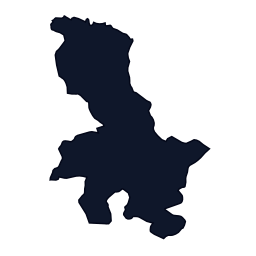 outline of Caldas, rotated 273°
{"feature_id": "COL-1397", "entity_name": "Caldas", "entity_type": "Department", "adm_level": 1, "iso_a3": "COL", "parent_name": "Colombia", "parent_adm1": "", "projection": "albers", "projection_center": [-75.309, 5.29], "detail": "fine", "context": "isolated", "style": "filled", "palette": "ink", "viewbox_px": 256, "rotation_deg": 273, "n_neighbors": 0, "source": "natural_earth", "source_scale": "10m", "svg_char_len": 3554}
<svg xmlns="http://www.w3.org/2000/svg" viewBox="0 0 256 256"><g transform="rotate(273 128 128)"><path d="M231.3,46.8L232.0,48.1L233.3,49.1L234.1,50.1L234.1,55.8L234.3,56.5L234.7,57.2L235.2,57.9L236.5,58.5L236.2,59.3L235.5,60.3L234.5,62.4L233.5,64.1L233.1,65.6L234.6,66.3L235.6,68.3L234.6,72.8L231.7,80.0L234.3,80.8L235.0,82.0L233.9,83.0L231.2,83.5L228.8,84.3L228.4,85.9L229.5,87.5L231.7,88.2L230.7,90.8L230.4,93.9L230.8,97.0L231.7,99.6L229.3,100.0L228.8,101.1L229.6,104.9L229.0,105.8L227.8,106.6L226.6,107.7L225.3,112.1L222.2,117.8L221.5,121.1L220.9,122.0L218.3,124.5L217.4,125.0L216.7,125.8L217.0,127.8L215.2,128.3L208.8,125.5L202.8,123.8L201.3,123.9L197.8,124.6L194.6,126.0L188.2,124.6L184.8,124.7L178.6,126.8L175.1,127.2L172.7,127.3L169.8,128.5L168.5,129.6L164.3,131.5L163.5,134.4L156.4,144.8L155.5,146.8L155.2,147.7L154.8,148.6L153.9,149.2L152.4,149.7L149.9,149.2L146.3,147.5L141.4,149.7L139.9,151.3L137.5,152.8L134.4,153.8L132.1,153.8L130.0,153.2L128.0,153.4L125.5,154.6L121.9,157.9L118.1,162.3L116.5,166.6L119.4,168.2L121.7,172.1L116.4,182.4L115.8,184.8L115.6,187.0L118.2,192.1L119.7,194.6L119.4,197.1L118.3,199.8L115.3,203.9L111.5,210.4L107.3,206.2L102.3,202.2L99.4,199.3L97.1,196.5L93.9,191.5L92.3,190.3L90.6,189.9L87.0,189.6L82.6,188.4L80.7,188.2L76.9,188.5L72.5,187.9L71.8,186.9L71.8,186.0L71.5,185.0L69.9,182.3L68.6,181.5L67.9,181.2L67.5,181.4L67.5,181.7L67.4,182.0L64.0,185.1L63.1,185.7L61.8,186.0L59.5,186.2L57.8,185.9L56.6,185.3L56.0,184.7L55.2,183.1L49.4,169.1L48.4,169.2L43.6,176.7L43.1,178.1L42.8,183.7L42.4,185.5L41.4,187.0L38.9,189.5L37.6,190.2L34.0,189.4L31.0,188.1L30.4,186.8L26.5,183.8L24.7,181.2L23.6,178.7L23.3,177.7L23.1,176.4L23.0,173.7L21.7,171.4L19.5,169.4L23.3,159.9L25.4,156.4L26.1,155.8L27.5,155.6L30.5,155.8L31.5,156.2L34.4,158.0L35.8,151.7L39.4,144.4L39.9,143.0L40.1,141.7L40.0,138.4L39.7,137.4L38.4,136.6L37.8,135.8L37.4,134.6L37.2,132.7L37.9,130.9L41.1,128.3L42.0,128.2L43.1,128.4L46.1,129.8L48.8,129.0L51.3,131.4L52.0,131.7L53.5,132.3L58.8,133.5L61.8,132.3L63.0,132.0L66.3,127.2L67.0,125.5L65.1,123.5L64.1,122.1L63.6,119.9L63.7,118.8L62.7,117.4L57.8,112.3L56.0,110.9L54.4,110.1L53.5,110.0L52.7,110.4L50.9,111.8L50.1,112.1L48.2,112.1L41.6,115.1L40.4,115.3L34.3,116.0L31.4,113.7L31.4,113.1L31.2,111.5L31.3,109.6L31.2,94.4L40.1,90.7L51.1,83.0L53.5,82.7L55.9,84.5L57.8,85.8L59.7,87.7L61.3,88.1L64.9,88.0L68.4,88.4L72.3,88.1L74.2,88.8L76.7,89.5L77.5,85.5L77.7,82.1L77.3,78.7L74.7,69.4L74.7,67.0L75.6,61.8L73.2,60.9L72.3,58.8L72.3,53.6L72.1,53.0L74.2,53.1L79.5,55.1L81.7,55.4L83.6,57.0L83.6,57.6L84.1,58.2L84.3,58.8L84.5,59.5L85.1,60.3L86.0,61.0L92.3,63.4L93.3,64.1L95.0,64.1L96.0,63.9L103.5,59.9L105.2,60.7L105.9,61.3L106.7,61.9L107.9,62.5L110.4,63.3L111.4,64.3L111.8,65.9L111.6,69.2L111.3,71.0L111.6,72.6L113.3,74.5L114.5,75.3L115.7,75.6L116.7,76.2L117.9,78.0L121.9,89.7L122.3,91.7L122.3,92.6L121.6,98.7L126.0,97.0L128.6,103.8L129.4,103.6L130.5,103.2L132.4,100.0L133.0,99.2L133.7,98.4L134.3,97.5L136.0,94.4L137.1,93.4L138.7,92.1L142.2,89.9L144.5,88.7L146.1,88.1L146.7,88.0L150.9,87.6L151.8,87.1L152.3,86.7L152.4,85.3L158.1,79.0L159.5,76.4L159.5,75.7L159.3,75.0L159.1,70.2L159.6,65.8L165.8,65.2L169.1,64.0L171.2,62.9L172.4,62.1L173.3,61.3L174.1,60.3L174.6,59.3L175.3,58.4L176.3,56.6L187.1,53.5L193.3,52.3L197.1,51.6L200.5,52.5L201.3,53.1L201.8,53.7L203.6,55.3L210.5,59.9L212.1,60.7L217.7,59.0L219.8,55.0L220.6,51.4L221.3,49.7L221.9,48.6L222.1,47.2L222.5,46.7L223.1,46.3L224.4,46.0L225.3,46.0L226.8,45.6L227.4,45.6L228.0,45.9L229.4,47.2L229.9,47.7L231.3,46.8Z" fill="#0f172a" stroke="#020617" stroke-width="1.5"/></g></svg>